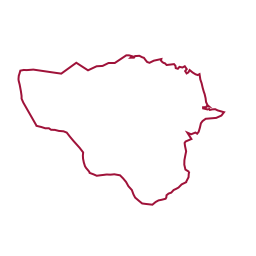 Pyrga Larnakas, Larnaca, Cyprus, rotated 77°
{"feature_id": "46923920B28061870845147", "entity_name": "Pyrga Larnakas", "entity_type": "district", "adm_level": 2, "iso_a3": "CYP", "parent_name": "Cyprus", "parent_adm1": "Larnaca", "projection": "equal_earth", "projection_center": [33.443, 34.902], "detail": "fine", "context": "isolated", "style": "outline", "palette": "rose", "viewbox_px": 256, "rotation_deg": 77, "n_neighbors": 0, "source": "geoboundaries", "source_scale": "gbopen_adm2", "svg_char_len": 1978}
<svg xmlns="http://www.w3.org/2000/svg" viewBox="0 0 256 256"><g transform="rotate(77 128 128)"><path d="M134.2,30.9L134.1,31.1L131.0,36.7L129.3,38.8L128.8,41.7L128.8,44.2L127.8,44.6L127.8,46.4L127.0,47.9L125.8,50.4L124.7,50.2L124.9,48.8L125.3,47.3L124.5,46.5L125.4,44.1L123.6,45.4L120.3,46.1L116.4,45.7L112.2,45.7L109.6,46.0L105.6,46.2L101.0,46.2L97.1,46.6L91.6,46.2L92.1,48.1L90.9,50.1L88.4,52.6L85.4,54.9L87.4,56.7L88.0,58.6L85.4,59.5L83.8,57.5L80.6,58.8L81.3,61.3L80.0,64.1L81.5,66.1L80.4,68.0L78.0,67.8L76.1,68.8L75.8,71.7L75.3,76.2L73.1,77.6L72.6,78.7L71.2,79.9L69.7,80.7L68.3,80.0L68.2,87.7L69.3,92.4L68.0,94.5L65.8,95.6L63.2,96.7L62.3,98.2L60.2,100.7L59.9,102.7L59.5,104.9L60.8,106.4L60.1,109.6L59.1,107.7L57.5,110.5L56.8,113.3L61.7,126.3L60.3,132.4L61.8,138.8L60.8,144.7L62.8,154.0L52.8,163.7L60.0,180.8L57.9,186.3L49.8,207.1L48.8,213.7L48.0,216.5L47.9,220.0L50.4,221.4L52.6,222.7L55.7,223.7L57.4,223.9L61.4,223.8L66.1,224.0L68.3,224.1L72.9,224.5L75.5,225.1L79.7,224.3L104.6,216.8L105.3,216.7L107.5,212.3L109.7,208.6L110.5,205.1L112.4,203.4L113.4,199.7L115.3,196.0L116.7,191.6L118.7,188.7L123.3,186.6L128.4,184.0L136.4,179.6L141.7,177.2L144.8,178.2L147.8,178.7L151.7,178.8L155.6,178.5L157.6,177.8L159.9,176.6L161.9,175.6L163.1,175.5L165.4,172.0L167.5,169.2L167.9,165.1L168.2,162.4L168.5,159.3L169.5,155.7L169.8,153.5L170.0,151.8L172.3,146.4L176.0,144.1L180.2,142.0L184.8,140.7L189.3,138.2L194.0,137.6L197.4,136.7L201.6,133.6L204.7,131.2L205.8,128.3L206.9,125.2L208.2,121.5L206.3,117.7L205.4,114.5L205.5,111.4L205.4,107.3L204.3,106.3L202.2,105.6L201.0,103.2L200.7,100.4L198.7,97.5L198.1,94.7L197.4,92.2L195.0,88.4L193.9,83.6L193.7,83.6L189.6,80.1L186.3,79.1L184.4,78.2L184.5,78.3L181.4,81.4L176.4,81.4L172.1,80.3L168.2,78.6L163.8,76.6L158.3,76.5L155.3,76.2L154.1,74.9L153.0,68.7L145.9,71.2L148.3,67.9L147.6,63.3L149.1,61.9L147.6,60.0L143.7,57.8L139.8,55.9L138.0,53.8L136.5,50.2L138.0,39.8L136.9,34.2L134.2,30.9Z" fill="none" stroke="#9f1239" stroke-width="2"/></g></svg>